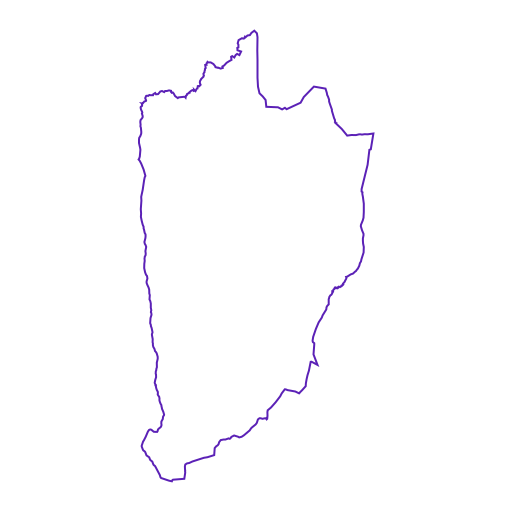 outline of Mkalama, Singida, United Republic of Tanzania
{"feature_id": "72390352B53166842903656", "entity_name": "Mkalama", "entity_type": "district", "adm_level": 2, "iso_a3": "TZA", "parent_name": "United Republic of Tanzania", "parent_adm1": "Singida", "projection": "robinson", "projection_center": [34.654, -4.212], "detail": "fine", "context": "isolated", "style": "outline", "palette": "violet", "viewbox_px": 512, "rotation_deg": 0, "n_neighbors": 0, "source": "geoboundaries", "source_scale": "gbopen_adm2", "svg_char_len": 5989}
<svg xmlns="http://www.w3.org/2000/svg" viewBox="0 0 512 512"><path d="M256.9,33.3L254.3,30.7L251.4,32.9L249.9,35.1L247.5,35.5L245.4,37.4L244.9,36.8L244.0,38.5L243.1,38.6L242.0,38.2L238.6,40.1L237.7,43.3L238.4,44.7L238.4,47.4L237.3,47.9L237.5,50.3L241.1,51.5L239.4,55.1L237.1,53.9L235.6,55.1L234.3,57.5L232.2,56.1L231.1,56.8L231.5,59.9L228.8,61.4L226.6,62.8L224.1,65.5L222.4,66.5L222.8,67.9L220.7,68.6L218.0,67.6L217.8,67.8L215.5,67.2L215.4,66.5L213.4,64.0L210.7,62.4L208.1,62.4L207.5,61.9L206.9,63.2L206.6,63.3L206.3,64.3L206.5,64.8L205.2,65.0L205.7,68.0L205.3,68.3L204.9,69.1L205.0,69.9L204.5,71.2L204.5,72.2L204.0,72.8L203.4,73.9L203.9,75.7L203.4,76.3L203.4,76.8L201.1,79.0L201.1,79.4L200.2,80.6L199.8,82.2L200.1,83.7L200.6,84.8L199.2,86.3L198.4,86.0L197.8,86.1L197.5,88.3L197.2,88.3L196.7,88.8L195.5,91.1L194.3,89.9L194.5,90.8L193.7,90.6L193.5,90.8L193.1,90.4L192.4,90.1L191.1,90.8L189.4,92.3L189.5,92.7L188.9,92.8L188.7,93.3L188.2,93.5L188.2,93.4L187.0,94.1L186.8,95.2L186.0,95.7L185.6,97.7L184.8,96.8L183.9,96.8L178.6,97.4L177.8,98.1L175.1,96.1L173.7,93.5L172.7,92.4L171.8,92.8L171.0,91.9L171.0,90.8L169.0,90.4L166.9,91.0L165.1,91.0L164.2,92.1L162.0,91.0L160.3,91.5L158.1,94.1L156.0,94.3L155.2,93.0L153.2,94.3L153.0,95.2L150.4,95.2L149.3,95.0L148.2,95.9L147.1,95.7L146.2,95.9L145.2,98.1L146.1,100.4L145.9,101.0L144.3,101.5L143.4,102.6L142.9,102.8L142.8,103.4L142.5,103.6L141.9,103.5L142.1,103.7L142.0,104.6L142.1,105.6L141.8,106.2L140.8,106.8L140.6,107.7L141.0,109.5L142.1,111.8L142.3,112.7L141.9,113.5L142.7,116.1L142.6,117.3L142.1,118.2L140.6,120.0L140.4,121.0L140.3,122.0L140.6,124.8L140.4,126.2L140.9,127.8L141.3,132.0L141.2,133.7L140.4,135.9L139.2,137.9L139.0,139.4L139.0,143.0L140.1,147.8L140.4,149.8L139.8,156.6L139.2,158.5L138.6,159.5L139.6,160.6L141.2,163.6L143.6,169.5L145.4,175.9L144.7,177.3L144.1,180.3L142.7,189.8L141.2,196.8L141.4,200.7L140.8,209.2L141.1,213.5L140.9,216.9L141.7,220.8L142.7,224.7L143.6,226.8L143.6,228.5L144.0,229.5L144.7,232.9L145.5,234.3L145.6,236.0L145.4,238.1L144.4,242.0L144.8,243.8L145.6,245.1L146.2,246.9L145.4,251.1L145.7,253.4L145.6,255.1L144.7,256.9L144.7,257.7L144.5,258.4L144.7,260.9L144.3,263.8L144.2,268.1L145.1,272.3L146.0,274.7L147.0,276.0L147.2,277.1L147.4,278.6L146.6,281.3L146.6,282.9L147.3,284.8L148.6,287.6L149.2,289.7L149.3,293.5L149.8,295.1L149.5,299.4L150.3,301.2L150.8,303.5L150.8,307.7L151.3,310.3L151.0,311.3L150.9,312.3L151.3,313.0L151.5,314.8L150.5,318.1L150.2,322.5L150.2,323.3L150.9,325.1L150.9,326.1L151.6,327.9L152.4,331.6L152.5,332.5L151.9,334.2L152.0,335.4L152.7,339.1L152.6,342.2L152.9,343.4L152.9,345.2L153.3,346.9L154.5,349.0L155.0,351.0L155.9,352.0L156.7,353.3L157.7,356.8L157.7,358.8L156.8,362.7L156.9,367.2L156.3,369.1L156.3,370.0L155.8,371.4L155.7,373.8L156.0,374.4L156.1,377.2L155.3,379.7L154.7,382.7L155.0,383.8L155.9,385.1L155.5,385.6L155.9,386.2L156.1,387.7L156.7,389.7L157.8,391.8L157.9,393.1L157.7,394.3L158.0,395.1L159.2,396.9L159.5,398.7L159.4,400.0L159.7,401.4L160.5,403.6L161.4,405.2L161.4,406.0L161.8,407.6L162.0,408.8L163.3,411.8L164.1,414.6L164.0,415.2L163.3,416.2L163.0,417.0L162.8,419.0L161.4,421.5L161.3,423.3L161.5,424.8L161.4,425.7L160.7,427.1L158.7,428.7L158.0,429.5L157.5,431.4L157.1,431.9L153.9,431.8L152.3,430.6L151.6,429.9L150.7,429.5L149.8,429.6L149.0,430.0L147.9,431.6L145.7,436.8L143.8,440.5L143.1,441.5L141.7,445.7L141.7,446.5L142.9,449.7L143.3,450.4L144.7,451.4L145.2,452.0L146.5,455.4L149.2,457.3L149.9,459.2L150.3,460.0L152.3,461.6L153.2,464.1L153.7,465.0L155.1,466.1L159.8,475.0L160.5,477.3L161.1,478.0L169.1,480.7L171.9,481.3L172.4,480.1L173.0,479.7L184.3,478.8L185.2,472.8L185.2,471.8L185.0,471.0L185.2,470.5L185.0,469.2L184.9,466.4L185.3,464.5L187.0,463.4L189.2,463.0L192.4,461.5L199.2,459.3L203.9,457.8L207.5,457.2L214.2,455.1L214.7,448.1L216.2,446.3L217.7,445.3L218.6,444.1L219.1,442.2L220.7,440.1L223.7,439.5L225.5,439.5L228.6,438.4L229.4,438.8L230.3,438.5L231.4,436.9L234.1,435.5L238.0,436.7L239.2,437.4L241.6,436.8L243.9,435.3L249.7,430.4L251.0,428.4L252.0,427.4L255.6,424.5L256.8,422.9L257.9,419.5L258.8,418.7L259.7,418.2L260.8,418.3L262.5,418.8L264.8,418.3L265.5,418.5L266.3,418.0L266.3,418.6L266.7,419.3L267.2,418.8L267.5,415.8L267.4,412.1L267.7,410.3L271.0,407.5L275.6,402.3L280.2,396.3L281.7,393.4L284.8,389.3L285.8,389.4L287.5,390.1L295.3,391.5L299.0,393.3L299.3,393.3L299.7,392.6L302.2,390.1L305.7,386.2L305.9,383.2L306.6,379.2L307.5,375.2L308.9,370.7L310.7,361.8L311.5,361.7L317.5,364.9L313.5,354.4L314.3,343.9L314.2,343.1L312.9,342.1L312.7,341.5L312.6,340.5L313.2,336.8L315.9,328.9L318.7,322.3L321.8,317.6L322.6,315.4L326.0,309.9L326.3,309.3L326.5,307.3L327.3,305.8L328.7,304.4L328.7,299.1L329.0,298.5L329.3,297.0L330.4,295.3L331.3,294.8L332.2,293.4L332.3,291.3L333.1,291.5L333.3,289.9L333.6,289.4L334.4,289.0L334.4,288.5L334.7,287.8L335.0,287.5L335.4,287.9L335.8,287.6L336.1,288.1L337.2,288.3L337.5,287.6L338.1,287.1L338.3,287.4L338.7,286.7L339.8,286.9L340.0,287.1L341.5,286.2L341.3,285.8L341.5,285.5L342.6,285.2L343.1,284.7L342.8,284.5L342.9,283.8L344.8,281.6L345.0,280.9L346.3,278.6L346.4,277.7L346.1,276.9L347.1,276.7L350.7,274.4L353.0,273.6L355.0,271.7L355.9,271.1L357.0,269.5L357.8,268.7L359.3,265.7L359.9,263.2L361.0,261.4L361.4,259.4L363.6,252.5L363.8,247.0L363.1,243.6L362.9,240.8L362.9,238.4L363.5,235.4L363.5,233.8L362.0,230.2L360.8,226.2L361.0,224.7L362.7,220.6L363.5,217.8L363.8,212.1L363.8,203.7L362.9,196.8L362.3,193.8L362.5,192.3L361.6,191.6L361.6,189.1L367.6,164.8L369.4,149.8L370.8,149.3L373.4,133.5L367.7,134.3L364.6,134.2L361.9,134.6L360.5,134.3L359.2,134.3L355.9,135.1L351.5,135.0L347.2,135.6L341.7,128.9L335.4,122.9L335.6,122.8L335.2,122.6L335.2,121.6L334.9,121.0L335.0,120.1L334.1,118.2L331.9,110.8L331.9,109.6L329.8,103.7L329.1,101.5L329.1,99.7L328.0,96.6L327.2,95.0L326.8,92.8L325.5,88.6L313.9,86.6L303.8,97.0L300.6,102.7L286.6,109.2L284.9,107.8L282.1,109.4L278.0,107.3L266.3,106.8L265.6,100.0L262.7,96.4L259.5,93.3L258.0,86.7L257.5,77.8L257.5,59.9L257.3,50.5L257.5,37.2L256.9,33.3Z" fill="none" stroke="#5b21b6" stroke-width="2"/></svg>